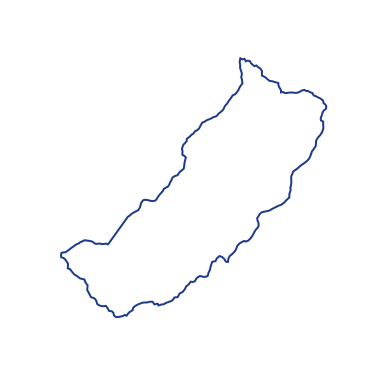 Presidente Venceslau, São Paulo, Brazil (orthographic projection), rotated 19°
{"feature_id": "56859067B64322742628488", "entity_name": "Presidente Venceslau", "entity_type": "district", "adm_level": 2, "iso_a3": "BRA", "parent_name": "Brazil", "parent_adm1": "São Paulo", "projection": "orthographic", "projection_center": [-51.844, -21.792], "detail": "fine", "context": "isolated", "style": "outline", "palette": "blue", "viewbox_px": 384, "rotation_deg": 19, "n_neighbors": 0, "source": "geoboundaries", "source_scale": "gbopen_adm2", "svg_char_len": 3837}
<svg xmlns="http://www.w3.org/2000/svg" viewBox="0 0 384 384"><g transform="rotate(19 192 192)"><path d="M93.3,296.6L95.6,298.1L98.1,300.2L98.8,302.4L99.4,304.7L101.6,304.6L104.4,306.4L107.4,308.2L111.3,309.1L113.9,310.1L116.3,310.0L118.7,309.7L120.3,311.7L121.8,313.0L123.6,314.1L124.1,316.0L124.8,318.8L127.0,320.7L128.9,322.6L130.6,324.2L132.8,324.3L134.7,324.4L137.0,326.1L138.7,328.6L140.5,329.3L143.5,329.4L145.8,328.6L147.6,327.7L150.0,329.4L152.4,331.4L155.0,330.9L156.8,331.7L158.6,334.2L161.0,335.0L163.2,334.1L165.4,332.8L167.4,331.4L168.6,330.0L170.4,330.3L171.0,328.3L171.7,326.3L172.8,324.9L174.4,323.1L174.0,321.0L175.0,318.9L176.4,317.1L178.5,315.0L181.3,312.8L183.3,311.8L185.3,311.2L187.8,309.5L190.4,308.6L193.1,310.5L195.9,308.8L197.3,310.2L199.3,308.6L201.9,307.3L203.1,305.7L204.8,304.3L207.7,302.0L209.0,300.3L209.7,297.5L212.7,296.0L213.4,292.0L215.8,289.4L217.0,285.7L217.1,283.4L219.2,280.0L219.9,277.2L221.9,276.9L223.8,275.5L224.2,273.0L224.9,271.1L226.9,268.8L230.4,268.5L232.6,267.8L234.2,266.1L233.9,262.7L234.3,260.1L233.8,255.3L233.9,251.4L236.7,249.7L237.1,246.6L238.8,243.7L241.5,243.6L244.5,244.9L246.6,246.8L248.7,246.5L248.1,242.6L248.6,240.0L250.2,237.6L251.7,234.4L252.3,231.9L252.3,229.1L252.8,227.1L253.8,225.0L255.2,223.4L257.2,221.3L259.0,221.3L260.9,219.8L262.5,216.7L263.5,213.0L263.9,210.1L264.4,207.5L265.2,205.5L266.0,203.4L265.7,201.2L264.6,199.2L263.1,197.5L262.1,195.4L262.7,193.4L263.1,191.4L263.8,189.5L265.2,187.9L268.1,186.3L271.3,184.3L273.1,182.1L274.8,180.3L276.4,178.8L278.2,176.8L280.2,175.4L282.3,172.6L284.1,168.5L285.8,165.6L284.7,162.1L284.7,158.5L283.6,155.8L283.4,153.3L282.9,150.9L281.9,148.2L280.7,144.9L281.0,141.9L281.0,139.8L282.1,138.1L283.8,135.9L285.1,133.5L286.5,131.1L287.9,129.3L289.2,127.5L290.7,125.0L291.7,122.8L292.2,120.3L292.2,117.2L292.2,114.6L293.3,111.1L294.0,108.4L293.5,106.0L292.7,103.5L293.0,100.7L293.8,98.5L294.7,96.4L295.4,93.7L295.6,91.1L295.4,88.7L294.1,85.6L293.1,82.7L290.6,82.3L289.6,80.2L289.8,77.2L289.6,74.4L290.0,72.1L291.5,70.0L291.2,67.4L289.5,65.8L287.4,65.1L286.1,62.8L283.0,61.8L279.7,61.4L277.9,61.1L275.7,61.1L273.5,59.2L271.4,59.3L268.7,58.7L267.0,59.3L264.9,58.9L262.7,60.4L260.4,63.1L257.8,64.6L254.8,65.2L251.8,66.2L250.0,67.2L248.0,68.2L245.5,67.8L243.7,68.8L242.8,66.5L240.8,64.9L239.3,63.4L238.0,60.8L234.5,61.1L232.1,61.1L229.0,61.7L226.9,60.9L225.1,60.1L222.7,59.4L220.3,59.2L219.6,57.4L218.9,55.0L216.6,53.1L213.8,52.4L211.7,51.4L210.1,52.7L207.7,51.9L205.8,51.0L204.4,49.6L201.9,49.6L200.3,50.9L198.3,49.0L196.4,50.2L194.2,49.8L194.7,53.5L196.2,56.2L197.1,59.0L198.3,60.7L200.3,63.3L201.0,65.2L201.1,67.4L202.6,69.3L203.5,71.2L204.3,72.9L203.1,76.8L202.7,80.1L202.2,82.3L201.2,85.2L199.0,87.4L198.4,89.8L197.6,92.4L196.9,94.6L196.4,97.1L195.1,100.1L194.9,102.6L194.4,104.8L192.7,107.6L191.5,109.5L190.7,111.8L189.3,113.3L187.7,114.4L185.9,116.5L182.4,119.5L181.2,121.2L179.1,123.1L178.7,125.0L178.4,127.2L178.0,129.5L177.2,131.3L174.9,133.9L174.3,136.4L172.9,138.0L171.9,140.2L169.8,143.4L170.4,145.8L168.4,150.4L168.4,154.3L169.7,156.4L170.8,160.0L173.1,160.4L174.9,161.3L175.2,164.6L175.4,166.9L176.1,169.7L176.6,172.7L175.2,174.9L173.7,177.4L172.9,180.7L170.1,183.0L168.8,184.8L168.7,188.2L168.1,190.0L168.1,192.6L167.5,194.7L166.2,196.1L164.4,198.1L164.0,200.8L162.4,204.6L161.3,208.0L160.8,210.6L159.8,212.3L157.5,213.5L155.0,213.9L152.2,214.1L149.7,214.8L148.3,216.0L147.5,219.1L147.8,223.4L147.1,226.7L144.0,229.9L142.1,232.1L140.7,234.7L139.4,236.4L129.7,268.7L127.4,268.9L124.1,270.5L121.3,270.8L119.3,271.9L117.3,272.4L113.9,271.4L110.9,271.6L108.6,272.1L106.1,272.6L104.3,274.4L102.7,275.8L101.7,277.5L100.2,278.7L98.7,280.4L97.6,282.2L96.0,284.3L94.6,286.6L93.1,288.6L92.0,290.2L90.0,291.0L88.4,292.1L88.7,294.5L89.6,296.3L91.4,296.3L93.3,296.6Z" fill="none" stroke="#1e3a8a" stroke-width="2"/></g></svg>